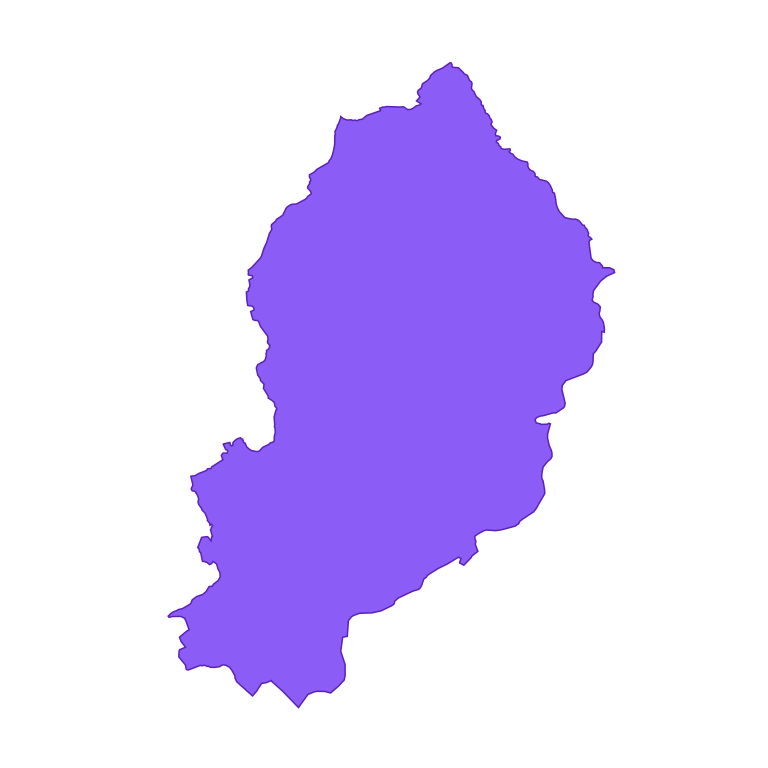 Chiuza, Bistrita-Nasaud, Romania, rotated 353°
{"feature_id": "2599482B70682729995769", "entity_name": "Chiuza", "entity_type": "district", "adm_level": 2, "iso_a3": "ROU", "parent_name": "Romania", "parent_adm1": "Bistrita-Nasaud", "projection": "robinson", "projection_center": [24.223, 47.242], "detail": "fine", "context": "isolated", "style": "filled", "palette": "violet", "viewbox_px": 768, "rotation_deg": 353, "n_neighbors": 0, "source": "geoboundaries", "source_scale": "gbopen_adm2", "svg_char_len": 6136}
<svg xmlns="http://www.w3.org/2000/svg" viewBox="0 0 768 768"><g transform="rotate(353 384 384)"><path d="M259.7,694.7L270.6,682.9L277.4,681.0L280.5,680.9L288.0,682.0L293.3,684.2L302.2,678.2L308.4,673.0L309.9,668.6L311.2,657.7L308.5,644.0L312.1,630.3L316.8,630.0L319.8,614.7L323.2,611.2L325.6,610.0L331.9,608.6L344.0,609.7L353.5,608.8L364.7,605.0L367.1,603.7L368.3,600.8L372.0,598.2L387.0,593.2L393.3,592.1L395.1,590.8L396.9,588.4L399.7,582.5L402.6,580.9L403.6,579.4L405.7,578.2L415.3,573.7L424.8,570.4L436.7,565.0L439.2,566.7L437.4,569.9L437.4,571.0L441.2,573.6L449.2,567.1L450.3,565.4L456.8,561.6L455.1,554.2L456.0,551.5L455.4,548.0L455.6,546.2L458.5,544.5L464.8,541.9L468.0,541.4L476.9,543.2L483.1,543.0L497.3,541.0L499.4,539.5L500.5,539.3L502.0,536.9L504.7,535.2L517.1,529.0L519.5,526.6L530.2,512.4L530.5,508.5L530.2,501.6L530.0,499.2L529.2,497.3L529.3,495.0L529.7,492.3L531.8,485.8L536.3,481.4L540.7,478.3L542.0,476.2L542.3,472.8L542.0,470.3L540.5,465.2L539.7,457.5L540.4,453.4L544.3,443.8L542.8,443.0L541.3,443.8L534.8,443.2L534.1,442.5L530.4,441.2L529.5,437.8L531.6,435.9L534.7,435.0L538.8,434.8L548.2,433.3L551.0,433.7L559.2,429.6L560.4,428.4L561.5,425.2L559.9,411.2L560.8,407.2L565.0,402.8L583.3,398.3L587.1,396.8L591.6,392.5L593.3,390.2L594.3,386.8L595.4,379.6L598.2,377.2L605.1,368.8L606.5,358.4L609.0,359.4L609.6,355.2L609.2,349.3L608.4,347.0L606.5,343.8L606.1,340.0L607.0,338.5L608.1,333.9L606.3,331.0L602.1,328.3L600.8,326.0L602.1,323.0L602.4,320.1L603.4,316.8L611.6,308.2L618.2,304.1L626.5,301.5L626.0,298.5L621.9,296.1L615.3,295.3L615.3,293.9L612.8,289.9L609.3,289.1L606.7,287.3L604.9,284.4L604.7,268.8L605.5,266.6L607.9,265.6L606.5,263.5L605.1,262.7L604.7,261.0L605.5,259.7L604.4,255.3L602.4,252.6L602.1,250.9L600.5,250.5L598.0,246.3L596.6,244.9L593.9,243.6L591.0,243.4L583.9,241.0L579.3,234.6L577.8,231.1L576.8,226.3L576.9,221.4L576.4,215.4L574.8,214.4L574.6,211.5L573.1,207.0L571.8,204.4L569.8,202.4L563.2,199.9L561.6,197.3L559.4,196.4L559.5,193.4L558.2,191.3L555.6,189.7L554.0,187.8L553.3,185.2L553.7,182.7L553.2,181.2L548.0,179.3L543.9,176.9L541.6,174.7L539.9,171.6L537.6,170.2L536.5,168.9L537.8,167.7L537.7,166.0L531.2,165.6L528.9,164.5L528.7,162.7L527.2,161.4L526.9,159.4L525.0,157.6L525.5,156.1L528.9,155.0L529.6,153.3L528.1,151.9L525.1,151.2L525.1,148.9L526.7,145.9L524.0,143.4L521.7,139.3L523.2,137.2L522.7,134.6L521.6,133.1L521.0,130.4L519.7,128.5L518.0,127.6L517.4,126.1L517.8,124.9L516.7,123.2L516.2,119.6L514.7,119.0L514.9,115.7L513.7,113.3L510.6,110.0L508.8,104.5L507.0,102.4L507.0,100.4L508.0,96.5L507.7,94.9L505.9,93.1L504.4,87.9L501.2,85.7L500.8,84.6L496.4,79.2L490.9,78.0L490.1,76.6L490.4,75.3L489.9,73.5L488.5,73.3L480.3,77.7L474.4,79.3L472.1,80.4L468.0,83.3L466.5,86.1L464.1,88.1L458.8,90.7L457.0,94.8L453.9,96.6L452.9,97.9L452.9,99.8L454.7,103.5L450.7,107.0L454.9,110.5L453.7,111.3L449.7,111.9L446.4,113.9L444.0,114.7L440.9,114.5L437.1,111.2L433.2,111.0L420.5,108.9L417.5,109.3L416.7,108.9L413.3,109.8L413.9,112.3L399.7,115.3L394.8,118.5L391.6,118.6L389.3,119.4L387.4,118.5L385.4,118.7L383.7,117.8L379.5,117.5L376.1,115.7L373.6,113.3L373.4,114.6L370.4,120.5L369.3,121.5L368.6,123.7L366.0,127.6L366.2,130.0L365.5,131.1L364.3,139.8L362.8,145.0L360.5,150.8L358.6,154.1L357.0,155.4L355.9,157.5L343.4,162.8L340.8,165.1L335.5,167.3L335.2,169.6L336.1,171.8L336.1,173.1L334.7,174.3L334.7,175.8L332.3,178.9L332.0,180.1L334.3,183.4L335.1,185.6L334.9,186.4L331.0,188.6L329.8,190.2L328.3,191.1L318.9,194.7L314.8,194.4L312.4,195.0L309.5,196.5L308.0,198.0L304.1,204.1L297.2,207.6L296.5,209.0L291.9,212.0L291.3,213.7L291.5,216.9L288.7,220.4L284.8,229.2L281.5,234.4L277.9,242.3L275.9,244.6L267.3,251.9L263.1,254.5L263.0,257.4L262.5,258.6L262.9,259.4L266.4,260.5L266.7,262.6L262.6,264.3L263.0,269.4L262.5,271.2L261.1,272.8L260.9,275.0L258.6,276.0L258.1,283.9L258.3,289.4L262.9,290.8L263.6,291.7L264.3,294.1L264.2,294.5L260.5,295.9L261.7,304.0L263.5,305.1L265.8,305.5L267.0,306.4L268.5,312.0L274.4,322.4L274.4,325.3L273.5,327.6L273.5,328.6L273.6,329.4L275.3,331.5L274.9,332.0L275.2,332.8L273.8,335.1L271.6,336.3L271.3,338.1L270.6,339.5L270.7,341.4L269.0,345.5L267.1,347.1L261.1,349.3L259.5,351.8L259.2,353.1L259.8,359.8L261.6,363.2L262.0,364.5L261.8,365.5L264.9,369.6L263.8,373.7L267.6,381.8L267.4,383.9L271.2,387.0L272.9,389.2L273.1,392.8L274.3,394.6L274.5,395.9L273.6,396.7L270.9,403.4L270.6,410.7L270.0,413.3L270.5,414.8L270.1,419.1L268.8,422.3L268.0,427.4L266.0,428.4L264.4,428.4L261.8,430.1L256.1,432.0L252.0,435.4L249.5,435.6L244.6,434.0L242.9,432.8L240.1,429.8L239.1,426.0L237.5,424.8L237.4,422.9L236.9,422.3L237.1,421.6L235.6,420.9L235.0,419.8L231.1,420.7L227.9,422.8L227.0,423.6L226.5,426.3L225.4,426.9L224.5,426.6L223.8,423.2L217.5,423.9L217.1,424.2L218.9,429.8L219.9,430.1L220.8,431.5L219.7,433.5L215.9,432.9L213.8,435.0L214.8,439.5L203.0,445.2L202.1,446.8L198.5,446.6L197.3,448.2L189.4,450.2L185.3,452.0L181.1,452.0L182.0,461.3L180.0,464.1L180.1,465.8L180.9,466.8L181.7,466.8L184.1,468.1L184.0,469.3L184.6,469.9L185.8,473.7L185.9,476.0L185.0,478.5L185.4,480.9L187.7,485.3L188.0,486.8L190.7,490.5L192.4,496.8L192.0,497.8L194.0,501.1L194.0,503.0L195.8,502.3L196.6,504.0L195.1,505.3L194.9,506.5L194.0,507.4L195.1,514.4L194.3,514.9L193.2,518.6L190.8,514.6L189.7,513.9L184.3,514.0L179.2,523.7L180.3,525.1L180.5,528.1L181.5,529.1L182.2,537.9L184.8,538.6L186.6,539.6L188.9,542.0L191.0,541.2L192.8,539.3L195.9,542.3L196.7,547.5L198.1,551.0L198.0,555.2L195.4,559.0L190.7,561.6L188.7,563.9L186.4,563.6L185.3,564.1L182.4,568.1L178.6,570.7L172.0,572.2L167.2,575.0L165.8,577.9L164.8,578.8L156.7,582.3L152.1,582.9L150.8,583.6L146.9,584.6L144.2,586.0L141.5,588.1L142.0,589.2L142.7,589.4L145.5,589.0L154.0,589.9L157.5,592.2L158.6,595.3L160.6,604.2L158.1,605.2L150.1,610.4L151.3,615.0L154.9,621.0L148.8,622.8L148.1,623.9L147.1,629.9L152.7,638.8L153.0,643.3L155.0,644.0L167.4,640.9L168.5,641.4L172.1,641.4L173.7,642.6L175.7,642.9L177.0,644.0L182.0,644.7L186.7,644.5L188.1,643.6L190.2,643.1L192.8,643.9L196.1,646.3L197.9,649.1L200.5,655.4L200.3,658.0L201.6,661.7L215.5,677.6L220.0,673.5L226.0,666.3L230.8,666.1L236.0,664.6L236.3,665.5L245.7,676.2L259.7,694.7Z" fill="#8b5cf6" stroke="#5b21b6" stroke-width="1.5"/></g></svg>